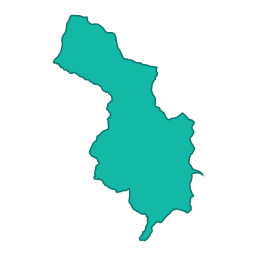 Villanueva, Santander, Colombia
{"feature_id": "7082276B83182882267594", "entity_name": "Villanueva", "entity_type": "district", "adm_level": 2, "iso_a3": "COL", "parent_name": "Colombia", "parent_adm1": "Santander", "projection": "albers", "projection_center": [-73.162, 6.684], "detail": "fine", "context": "isolated", "style": "filled", "palette": "teal", "viewbox_px": 256, "rotation_deg": 0, "n_neighbors": 0, "source": "geoboundaries", "source_scale": "gbopen_adm2", "svg_char_len": 5803}
<svg xmlns="http://www.w3.org/2000/svg" viewBox="0 0 256 256"><path d="M144.9,240.6L147.3,238.7L148.0,237.7L149.2,236.6L149.8,235.4L150.3,233.5L150.7,233.0L151.5,232.5L151.9,231.9L152.2,230.0L151.7,228.6L151.6,227.3L153.4,225.2L154.3,224.6L155.2,223.1L155.9,222.5L156.7,222.1L157.5,221.9L159.1,222.0L159.9,222.4L160.6,222.5L161.4,222.2L162.2,221.1L164.1,219.1L164.9,217.9L166.2,216.6L167.0,215.7L169.6,213.5L172.2,210.5L173.4,210.0L173.8,209.3L175.0,209.5L176.2,209.0L177.1,208.9L178.0,209.5L179.6,209.5L183.8,210.9L185.4,211.7L186.6,212.6L187.7,212.6L188.3,212.4L190.2,210.4L191.0,210.0L191.0,207.1L190.9,206.5L189.4,203.2L189.7,202.6L190.1,202.2L190.2,201.6L190.6,199.7L190.5,198.1L190.7,197.7L190.8,197.5L193.2,196.2L193.5,195.9L191.7,192.9L190.5,189.6L190.1,187.9L189.7,184.1L189.6,183.7L190.3,182.8L190.7,182.0L191.7,178.2L191.9,177.3L191.9,175.9L191.6,174.7L192.4,173.7L193.5,173.1L197.8,172.8L199.7,173.1L201.3,173.6L202.5,174.6L202.3,173.9L200.0,172.0L198.2,171.1L195.3,170.2L192.6,168.9L192.3,168.6L191.3,166.2L190.9,165.9L190.2,164.8L189.2,163.9L188.9,163.2L188.8,161.1L189.2,160.2L189.3,158.4L189.7,157.6L189.9,156.0L190.4,155.6L190.5,154.9L191.0,154.2L192.2,153.6L192.6,152.6L194.4,149.0L194.6,148.2L193.7,147.5L193.2,146.2L193.0,145.3L192.0,144.2L191.8,143.5L190.9,142.1L190.5,141.4L190.2,140.0L189.6,138.5L189.9,138.3L190.5,137.4L192.0,135.8L193.5,133.2L193.7,132.2L193.5,131.1L192.9,130.0L192.2,129.3L191.9,127.4L191.9,127.0L192.2,126.6L192.5,125.7L194.0,123.6L194.1,123.0L194.0,122.4L193.6,121.5L193.3,121.3L192.3,121.1L192.1,120.9L192.1,120.2L191.2,119.9L189.8,119.9L188.9,119.3L185.2,115.4L183.6,113.9L182.5,113.1L180.1,115.1L178.8,115.9L176.8,117.4L175.7,117.8L173.9,118.3L171.9,118.4L169.1,119.8L168.7,119.6L167.1,118.8L166.6,118.2L165.3,116.3L164.7,114.2L164.1,113.2L162.2,111.6L160.1,110.2L159.9,109.7L159.7,108.2L159.3,107.6L156.5,107.0L155.3,106.4L154.9,105.9L154.9,105.0L155.5,103.7L155.0,101.9L155.0,101.2L155.4,99.2L154.8,97.3L154.5,96.6L153.3,95.4L152.3,93.1L151.8,92.5L151.9,91.0L151.4,90.5L151.1,90.0L151.3,89.4L151.3,88.8L151.7,88.2L151.9,85.8L152.3,83.6L154.2,80.3L155.1,79.3L155.2,78.5L155.1,78.3L155.3,77.7L157.1,75.1L157.4,74.5L157.2,73.9L157.2,72.6L157.0,72.2L156.5,71.8L156.2,71.3L156.2,70.9L156.3,69.5L156.9,67.4L152.6,66.6L150.4,66.5L146.5,65.0L144.4,64.9L143.4,64.7L142.7,64.5L140.5,63.0L139.7,62.9L136.9,62.8L136.1,62.6L134.6,61.9L132.9,60.8L131.2,60.0L128.5,59.8L127.3,59.2L124.8,58.9L124.0,58.6L123.2,57.8L122.6,56.8L121.9,54.9L120.4,51.7L119.1,49.5L118.2,48.3L117.8,47.5L116.5,42.7L115.9,38.2L115.5,36.7L114.6,34.4L114.0,33.7L113.0,33.1L111.7,32.7L110.0,32.8L107.3,32.6L106.4,32.3L105.6,31.7L104.9,30.9L103.0,28.0L100.3,25.8L98.3,24.5L97.2,24.2L95.2,24.1L94.2,24.1L92.5,24.4L91.3,24.3L88.7,22.5L88.1,21.8L87.5,20.3L86.9,17.0L85.2,17.4L83.4,17.2L80.0,15.9L71.6,15.4L70.2,16.8L69.1,20.1L68.6,21.2L67.2,23.1L66.6,24.9L66.6,26.5L66.4,28.5L65.6,31.6L64.8,33.4L63.9,34.4L63.3,35.4L62.1,38.5L62.0,39.9L62.4,44.1L62.3,45.6L61.3,50.5L59.9,53.7L57.3,57.4L55.7,58.6L54.9,59.5L54.0,61.2L53.8,62.0L53.5,62.6L54.2,62.9L55.2,62.9L56.5,63.3L56.7,63.7L57.1,63.9L57.6,63.5L58.2,63.4L58.5,63.6L58.8,64.3L59.3,64.6L59.0,65.1L59.2,65.3L60.0,65.6L60.5,66.7L60.5,67.0L60.8,67.5L61.3,67.6L62.1,67.3L62.8,67.5L63.3,68.2L63.7,69.3L64.1,69.7L65.8,69.7L66.4,69.9L67.5,71.0L69.4,72.3L69.6,72.7L70.6,73.2L71.8,73.4L73.0,72.7L73.7,72.4L74.5,72.5L77.6,74.6L78.8,75.7L79.5,76.0L80.9,76.8L83.2,77.3L83.7,77.6L83.9,78.2L84.6,79.0L85.9,79.5L86.8,79.7L87.4,79.8L87.9,79.7L88.5,79.8L89.4,80.5L89.7,81.0L90.8,81.7L91.5,81.9L92.1,82.4L92.7,83.1L93.2,83.1L94.5,84.2L96.6,84.2L98.2,84.7L99.4,85.2L100.1,86.1L101.2,86.9L102.4,89.5L103.5,90.7L104.0,91.0L104.6,91.1L105.1,91.4L105.5,91.9L106.1,92.2L107.4,92.0L108.0,92.2L108.9,93.5L109.2,93.8L109.8,94.0L110.3,94.4L110.9,95.5L111.9,96.8L112.1,100.6L110.9,101.3L109.9,102.5L108.3,103.7L108.1,104.6L107.7,104.8L107.8,106.1L106.9,107.7L106.7,108.5L106.8,109.0L107.1,109.5L108.4,110.4L108.7,111.4L108.9,111.8L110.2,112.5L110.2,113.7L110.5,114.9L110.4,115.5L110.0,116.1L109.6,117.3L109.2,117.6L108.8,117.6L108.4,117.8L107.7,119.1L107.5,119.7L108.1,120.6L108.2,122.4L108.6,123.5L108.2,125.1L108.7,126.9L108.6,128.1L108.2,128.9L107.8,129.3L106.5,129.8L106.0,130.2L103.9,130.8L103.2,131.4L102.6,132.1L101.5,132.5L100.2,134.3L99.2,135.1L98.2,135.8L97.3,136.1L97.0,137.1L96.8,139.6L96.0,140.8L94.0,142.4L93.0,143.6L91.2,148.0L89.5,151.6L89.5,152.6L89.8,153.4L90.7,154.7L91.7,155.8L93.1,156.9L95.5,157.7L95.8,158.0L96.8,158.5L97.6,159.8L97.7,160.9L99.5,163.2L99.1,164.0L98.2,164.3L97.0,165.3L95.9,166.4L95.9,168.7L95.3,170.2L95.0,171.9L95.0,172.8L94.5,173.9L94.5,174.4L95.2,175.0L95.4,175.4L95.4,176.0L94.5,176.5L94.2,177.7L94.0,178.1L94.8,178.9L95.4,179.1L97.1,178.8L97.4,179.0L97.5,179.4L97.8,179.5L98.4,178.9L98.8,178.8L99.1,178.9L99.7,179.5L100.3,179.5L101.0,179.7L101.4,180.2L102.0,180.4L102.5,180.8L103.8,183.6L104.4,184.1L105.3,185.4L105.6,185.6L106.6,185.5L107.7,186.0L107.7,186.3L107.9,186.8L108.2,187.0L109.3,187.7L112.6,189.2L113.7,189.1L114.6,189.3L116.0,190.3L116.2,191.4L116.4,191.9L116.8,192.3L117.1,192.4L118.0,192.0L118.6,192.0L120.7,191.6L123.6,190.4L124.9,190.6L127.0,190.2L128.7,188.7L129.2,188.6L129.4,188.8L129.8,192.0L129.6,197.2L129.1,200.3L129.1,201.9L129.7,202.7L130.9,204.9L132.2,206.0L132.2,207.0L133.3,209.0L133.6,209.3L135.3,210.1L136.1,210.8L139.1,212.4L141.5,213.9L142.1,214.1L144.7,214.0L145.6,214.2L146.4,215.0L146.5,216.6L147.0,216.8L147.7,216.7L147.8,216.9L147.8,218.3L147.4,219.4L147.4,221.1L147.6,221.8L147.5,222.2L147.6,223.3L147.5,223.8L146.0,226.4L145.3,230.0L144.6,231.1L143.9,231.7L142.8,231.9L142.5,233.9L142.2,234.7L141.6,235.3L141.1,236.4L139.8,237.7L139.6,238.1L139.6,239.0L139.9,239.9L140.1,240.1L141.2,240.2L142.4,239.9L143.3,240.0L144.0,240.4L144.9,240.6Z" fill="#14b8a6" stroke="#0f766e" stroke-width="1.5"/></svg>